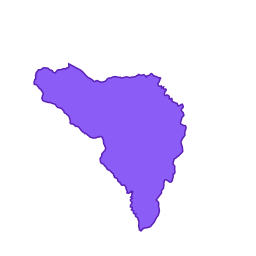 Santa Rosa do Tocantins, Tocantins, Brazil, rotated 239°
{"feature_id": "56859067B11152790911954", "entity_name": "Santa Rosa do Tocantins", "entity_type": "district", "adm_level": 2, "iso_a3": "BRA", "parent_name": "Brazil", "parent_adm1": "Tocantins", "projection": "albers", "projection_center": [-48.09, -11.411], "detail": "fine", "context": "isolated", "style": "filled", "palette": "violet", "viewbox_px": 256, "rotation_deg": 239, "n_neighbors": 0, "source": "geoboundaries", "source_scale": "gbopen_adm2", "svg_char_len": 5678}
<svg xmlns="http://www.w3.org/2000/svg" viewBox="0 0 256 256"><g transform="rotate(239 128 128)"><path d="M32.0,96.7L33.8,101.8L34.7,103.4L35.8,105.0L36.5,106.2L37.2,108.0L37.7,109.0L38.9,110.4L40.7,112.2L42.3,112.9L44.7,113.7L45.6,114.1L46.8,115.1L48.4,115.8L49.7,115.7L51.0,115.3L51.8,115.2L52.8,117.5L53.2,118.5L53.8,120.3L54.2,121.0L54.9,123.1L56.9,124.4L57.4,125.1L57.6,126.2L58.1,127.3L60.4,129.2L62.2,130.3L63.0,131.0L64.0,132.0L64.5,133.1L63.7,134.2L62.9,134.7L60.3,135.8L59.5,136.8L59.7,138.0L60.4,139.1L61.1,139.7L62.7,141.4L65.0,142.8L64.9,144.1L65.8,145.4L66.9,146.0L67.9,146.4L68.7,146.8L69.7,147.4L71.1,148.4L73.3,148.1L74.3,148.3L75.4,149.1L76.3,150.1L77.2,151.2L77.7,152.1L77.6,153.5L78.0,155.6L78.0,156.9L78.4,158.2L79.0,160.7L79.3,161.9L79.7,162.8L80.5,163.3L81.8,163.8L83.5,164.7L85.4,165.2L86.9,165.4L87.9,165.8L89.0,166.4L89.5,167.0L89.9,167.8L90.7,168.9L91.4,170.3L91.7,171.3L92.6,173.2L93.4,173.6L94.7,174.2L95.7,174.9L96.1,175.6L97.1,176.7L97.6,177.3L98.3,177.8L99.4,178.4L100.6,178.3L101.5,176.9L102.7,176.4L103.9,175.3L105.3,175.6L106.4,176.6L107.2,177.5L108.1,178.6L109.3,179.7L109.8,182.1L111.0,182.9L112.0,182.9L112.9,183.3L113.7,182.9L114.6,182.8L115.5,182.7L116.3,183.3L116.9,184.0L117.1,185.6L117.8,186.4L118.8,186.6L120.3,186.9L120.8,185.8L120.6,184.5L120.9,183.3L121.6,182.2L122.8,182.6L123.8,182.8L124.4,182.2L125.4,181.4L126.5,180.7L127.4,180.0L128.3,179.5L129.0,180.0L130.0,180.6L130.9,180.7L130.9,179.1L131.8,178.3L132.6,179.1L133.4,179.5L134.3,179.6L135.3,179.2L136.3,178.5L136.3,177.5L136.6,176.6L137.6,176.3L138.4,176.7L139.2,177.6L140.2,178.3L140.3,179.2L140.7,179.9L141.2,180.6L142.1,180.3L142.5,179.3L143.2,178.7L144.3,178.9L144.9,179.6L145.2,178.5L145.1,177.5L146.1,178.0L147.0,178.2L147.2,177.1L148.3,176.0L149.7,176.0L150.5,176.6L151.1,177.5L151.6,178.5L152.4,179.6L153.3,180.4L153.7,181.5L154.8,181.3L155.1,180.3L156.4,179.4L157.4,178.9L158.0,178.0L158.9,177.7L159.5,176.6L160.6,176.7L161.9,176.5L162.8,175.9L162.6,174.9L162.2,174.0L162.2,172.8L162.7,171.9L162.9,170.8L162.3,169.9L163.3,169.7L164.3,169.5L165.6,169.1L165.9,167.9L166.2,167.1L166.5,166.2L167.2,165.6L167.9,165.2L168.5,164.6L168.1,163.8L168.3,162.5L168.2,160.9L168.7,159.7L168.9,158.6L169.4,158.0L169.9,157.0L170.0,155.9L170.6,155.0L171.7,154.2L172.4,153.3L172.9,152.6L173.1,151.6L173.3,150.8L173.7,149.9L173.8,149.1L174.4,147.9L175.4,147.6L175.8,146.8L176.3,146.0L177.0,145.2L178.1,144.3L178.8,143.1L179.2,142.3L179.5,141.3L179.7,140.0L179.7,138.9L180.4,137.9L180.8,136.7L180.8,135.7L180.4,134.7L179.9,133.5L179.8,132.7L180.0,131.8L180.3,130.5L180.6,129.4L181.2,128.7L181.9,127.8L182.9,127.0L183.8,126.6L184.6,126.0L184.9,124.8L184.9,123.6L185.6,122.8L186.9,122.4L188.0,122.0L188.9,121.6L189.9,121.1L190.7,120.6L191.3,120.0L192.5,119.6L193.7,119.3L194.5,118.9L195.4,118.9L196.2,118.6L197.4,118.6L198.6,118.1L199.6,118.1L200.5,117.8L201.2,117.4L202.1,117.1L202.8,116.8L203.7,116.2L204.6,115.5L205.4,115.1L206.3,114.6L213.5,110.3L212.8,109.8L211.8,109.4L210.7,108.6L210.5,107.5L211.1,106.7L211.0,105.6L210.7,104.6L211.6,104.1L212.2,103.0L212.3,101.5L212.6,100.5L213.1,99.6L213.5,98.8L213.9,97.9L213.9,97.1L213.5,96.1L213.2,95.2L212.8,93.9L213.7,93.1L215.1,92.4L216.2,92.6L217.0,92.1L217.6,91.3L218.8,90.6L219.7,90.4L220.6,90.1L221.2,89.3L221.9,88.4L222.7,87.1L223.3,86.0L223.0,84.9L222.7,83.8L223.4,82.5L224.0,81.3L223.6,80.1L223.0,79.1L222.9,78.1L222.1,77.2L221.2,76.7L220.7,75.8L219.4,75.4L218.6,74.7L217.5,74.1L217.5,73.0L216.8,72.4L216.2,71.6L215.6,71.1L214.8,70.6L213.7,70.1L213.2,70.8L212.5,71.6L211.4,72.1L210.3,72.1L209.2,72.3L207.8,72.3L206.9,72.6L206.0,73.3L205.2,73.0L204.1,73.2L202.7,73.3L201.9,73.3L200.7,72.8L200.1,71.8L199.4,71.0L198.5,70.2L197.9,69.5L197.1,69.4L196.3,69.1L195.3,69.2L194.4,69.8L193.7,70.2L193.0,70.9L192.2,71.8L191.2,72.6L190.3,73.6L190.1,74.4L189.4,74.9L188.6,75.3L187.8,76.1L186.9,76.9L186.2,77.5L185.4,77.9L183.9,77.9L182.5,78.1L181.6,78.7L180.4,79.7L179.4,80.8L178.4,81.2L177.4,81.3L176.4,81.6L175.2,81.6L174.2,81.3L173.3,81.5L172.6,82.2L171.8,82.5L170.9,82.6L170.2,83.0L169.1,83.2L167.7,83.3L166.4,82.9L165.4,82.7L164.3,82.3L163.4,82.0L162.4,81.1L161.3,81.0L160.4,81.9L159.8,82.9L158.6,83.2L157.9,83.9L157.1,83.7L156.2,84.1L155.6,85.3L154.6,85.9L153.5,86.3L152.3,86.5L151.4,86.5L150.3,86.6L149.5,86.9L148.4,86.9L147.4,87.5L146.6,88.0L145.5,88.0L144.9,89.1L144.1,89.6L143.2,89.6L142.3,90.0L141.5,90.2L140.8,90.7L140.0,90.7L139.0,91.4L138.0,92.3L137.3,93.0L136.8,93.8L136.5,94.7L136.0,95.4L136.0,96.5L135.7,97.7L135.1,98.5L135.1,99.9L134.0,100.8L133.0,101.3L132.1,100.7L130.7,100.9L129.3,100.1L128.1,99.7L127.3,99.1L126.4,99.1L125.5,99.1L124.1,98.7L123.0,98.8L122.1,98.4L121.4,97.6L120.5,96.7L120.3,95.4L120.0,94.5L119.8,93.7L119.5,92.9L119.0,92.0L118.0,91.4L117.3,90.7L116.8,89.9L116.5,88.9L115.9,88.1L114.7,87.7L113.7,87.2L112.8,87.0L111.8,86.9L110.7,87.5L109.8,88.3L108.8,88.6L107.6,88.4L106.4,89.0L105.4,89.1L103.9,88.9L102.7,89.2L101.2,90.3L100.3,90.8L99.3,90.9L98.1,91.2L96.0,91.9L95.0,91.4L93.9,91.3L92.6,91.0L91.4,91.8L89.8,92.9L87.9,92.1L86.7,92.2L85.9,93.2L84.3,92.8L83.5,93.0L82.4,93.1L81.7,93.7L81.6,94.5L81.0,95.5L79.4,95.7L78.6,95.7L77.7,95.5L76.9,95.0L74.1,94.8L73.1,93.7L72.1,94.3L71.7,95.2L71.8,96.3L71.3,97.5L72.2,97.8L71.7,98.7L71.0,99.2L69.8,98.3L69.4,97.2L67.8,96.3L67.4,94.7L65.6,95.5L65.5,94.2L65.1,92.9L63.5,92.8L62.1,93.2L61.4,92.5L60.9,91.2L60.4,90.3L59.1,89.4L58.3,90.4L57.6,90.8L56.6,89.8L56.1,88.8L54.0,89.9L52.4,88.9L51.2,89.2L50.2,90.5L49.6,89.6L48.4,89.0L46.2,90.0L44.7,89.7L43.4,89.3L42.1,89.2L39.7,87.6L38.6,86.6L37.1,86.2L35.9,85.9L34.9,85.3L33.1,86.1L33.3,87.0L33.8,88.5L33.9,89.4L33.8,90.3L33.2,92.0L32.7,93.1L32.1,95.2L32.0,96.7Z" fill="#8b5cf6" stroke="#5b21b6" stroke-width="1.5"/></g></svg>